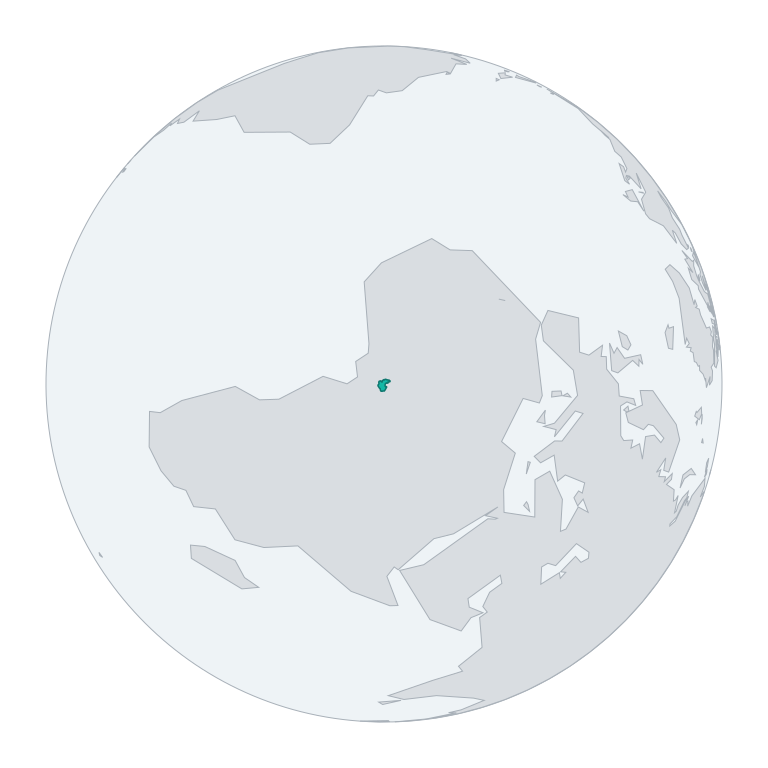 globe centered on Plateau, rotated 94°
{"feature_id": "NGA-2866", "entity_name": "Plateau", "entity_type": "State", "adm_level": 1, "iso_a3": "NGA", "parent_name": "Nigeria", "parent_adm1": "", "projection": "orthographic", "projection_center": [9.38, 9.346], "detail": "fine", "context": "on_globe", "style": "filled", "palette": "teal", "viewbox_px": 768, "rotation_deg": 94, "n_neighbors": 0, "source": "natural_earth", "source_scale": "10m", "svg_char_len": 9809}
<svg xmlns="http://www.w3.org/2000/svg" viewBox="0 0 768 768"><g transform="rotate(94 384 384)"><circle cx="384" cy="384" r="338" fill="#eef3f6" stroke="#a8b0b8"/><path d="M269.7,66.0L263.9,68.2L266.0,67.7L258.3,70.7L266.7,68.0L273.3,65.4L279.2,63.6L281.1,63.4L271.6,66.8L269.2,67.4L267.4,68.4L261.9,70.3L265.7,69.3L253.9,74.1L268.2,69.3L261.1,73.2L252.6,76.5L250.1,76.1L224.3,86.4L214.9,91.5L204.2,98.0L191.0,109.5L182.0,115.9L172.3,124.5L178.7,120.4L188.6,112.4L198.1,108.0L209.1,99.8L214.6,97.2L227.2,89.8L228.8,91.4L223.5,97.3L213.1,103.9L210.5,107.1L223.3,101.8L206.7,116.3L200.6,130.6L196.0,134.9L181.7,140.0L174.4,136.3L156.0,147.1L171.4,141.1L159.5,153.7L159.0,156.7L161.7,157.1L167.6,153.0L164.3,158.0L147.7,164.8L150.5,160.2L155.7,157.8L152.2,156.7L141.0,163.2L135.8,170.0L124.3,175.7L120.4,181.0L115.8,185.9L122.7,176.7L110.1,193.9L95.7,209.5L78.3,242.2L91.6,215.0L93.8,210.9L107.8,189.2L123.5,168.7L140.7,149.5L159.3,131.6L179.3,115.1L200.4,100.3L222.6,87.1L245.8,75.6L269.7,66.0ZM50.4,330.3L50.9,329.3L50.6,337.5L54.0,325.3L58.0,320.4L54.3,339.8L59.4,323.7L59.6,334.5L69.6,339.3L67.9,343.3L75.7,371.0L90.1,386.3L93.4,401.9L91.1,410.1L97.4,414.5L97.6,420.3L127.9,436.4L147.7,454.6L150.0,474.8L139.2,495.1L142.7,541.1L126.8,551.4L131.8,569.3L135.1,592.8L124.3,587.2L136.8,601.9L138.5,608.2L134.0,606.5L141.4,615.6L138.5,614.1L146.2,621.5L153.7,630.9L165.8,641.6L174.1,648.8L153.2,630.8L133.8,611.2L116.1,590.0L102.4,570.1L71.3,506.1L65.6,491.8L58.1,472.6L51.2,442.9L46.7,404.1L46.5,400.3L46.3,395.5L46.1,387.2L47.5,364.9L49.9,338.1L50.2,333.2L48.8,341.8L49.3,337.4L50.4,330.3ZM178.2,652.0L182.5,655.2L182.3,655.1L178.2,652.0ZM71.5,255.4L73.2,253.2L69.0,274.2L66.6,273.3L67.9,270.9L70.0,263.0L72.2,254.6L71.4,255.6L71.5,255.4ZM82.2,237.2L82.5,235.1L82.8,235.8L82.2,237.2ZM225.4,89.7L226.2,89.8L223.5,91.0L225.4,89.7ZM230.1,86.6L226.3,88.1L228.0,86.9L230.3,86.0L230.1,86.6ZM234.4,85.2L231.4,84.6L234.4,82.7L245.7,77.9L234.4,85.2ZM274.6,64.8L267.6,67.4L271.7,65.5L274.6,64.8ZM302.3,56.1L297.7,57.3L289.7,59.5L297.1,57.6L275.8,64.1L277.5,63.3L302.3,56.1ZM281.8,62.7L281.7,62.4L291.4,59.4L293.5,59.4L289.7,60.3L281.8,62.7ZM288.4,61.0L294.3,59.7L291.4,61.1L282.7,62.8L288.4,61.0ZM293.1,58.7L297.8,57.4L295.8,58.1L293.1,58.7ZM284.5,66.7L284.1,65.7L289.1,63.9L284.5,66.7ZM296.7,59.1L297.7,58.7L299.6,58.1L302.8,57.6L296.7,59.1ZM309.5,54.4L310.0,54.4L315.2,53.2L319.1,52.5L309.5,54.7L315.2,53.5L316.5,53.3L307.3,55.4L309.5,54.4ZM311.9,55.5L301.0,59.0L300.6,60.8L296.1,62.2L297.5,59.2L311.9,55.5ZM310.0,55.2L310.1,55.6L304.5,56.9L300.8,57.4L310.0,55.2ZM324.0,51.4L325.2,51.5L321.8,51.9L322.0,51.8L324.0,51.4ZM312.9,55.7L315.5,54.9L313.5,55.6L312.9,55.7ZM322.7,52.3L321.1,52.3L323.7,51.8L322.7,52.3ZM322.0,53.6L318.5,54.5L315.9,54.7L322.0,53.6ZM323.2,52.7L327.1,52.1L317.1,54.2L322.1,52.8L323.2,52.7ZM325.3,51.8L326.4,51.5L325.6,51.9L325.3,51.8ZM333.7,52.7L321.7,55.4L316.1,55.6L328.5,52.9L333.7,52.7ZM185.7,657.6L195.9,664.6L196.9,665.4L185.7,657.6ZM187.1,657.5L187.3,656.4L190.4,658.4L190.9,659.6L187.1,657.5ZM713.7,310.1L712.7,306.0L717.5,330.6L718.7,337.5L720.2,349.6L719.7,345.8L718.7,339.8L715.2,318.4L707.0,288.9L707.4,296.7L703.7,284.4L692.6,262.0L691.1,272.8L691.2,309.9L697.3,342.1L694.6,358.0L676.4,315.1L665.0,285.6L660.4,290.0L639.9,267.8L610.3,272.3L604.3,265.1L599.1,269.9L584.4,264.1L574.7,252.5L566.6,254.6L592.2,285.3L600.7,283.4L605.3,269.3L611.0,280.9L625.0,289.8L615.8,321.7L568.9,355.4L561.5,331.7L511.2,271.0L511.1,263.7L510.8,262.9L510.0,261.5L508.3,273.5L498.7,261.8L528.6,304.2L534.8,323.4L568.3,356.9L565.8,361.1L575.7,367.7L604.0,354.6L604.8,362.7L593.1,402.4L551.5,458.6L555.5,492.4L549.8,521.8L520.4,543.5L519.6,565.3L503.9,574.2L500.6,586.5L486.1,600.4L463.2,613.9L427.7,616.0L428.2,605.2L414.6,584.5L396.8,532.2L408.5,507.1L406.5,487.8L380.6,445.3L386.4,420.9L378.8,410.9L363.5,413.8L354.4,401.9L344.9,401.8L283.5,410.9L263.3,395.0L235.6,346.5L245.6,327.4L244.8,305.3L311.6,232.1L328.7,235.9L384.6,225.3L392.1,227.7L388.7,244.2L433.2,262.7L443.8,248.2L481.0,257.3L503.7,255.3L506.2,224.3L468.9,226.7L459.4,212.6L486.6,198.0L518.7,197.7L516.0,192.3L493.1,181.6L497.8,171.4L484.9,177.3L492.1,182.3L484.2,186.6L477.1,182.4L479.0,178.6L468.6,176.9L462.1,196.8L468.8,204.0L443.1,209.3L451.7,222.3L445.7,229.1L428.9,209.8L428.5,202.4L399.5,183.4L397.6,191.3L424.8,210.3L417.5,209.1L415.2,221.7L411.2,211.2L381.9,190.1L357.0,196.1L329.8,228.0L314.3,231.2L299.2,225.6L304.5,194.5L338.6,191.1L340.9,181.6L330.1,168.7L341.4,169.3L341.2,164.2L353.7,162.9L367.5,150.2L379.6,148.5L381.3,133.8L387.8,131.4L384.9,140.4L389.4,146.5L419.1,144.2L423.7,140.9L422.5,132.0L430.8,133.2L425.8,124.9L441.0,121.0L418.2,119.4L416.1,110.6L423.2,103.7L418.5,101.0L406.8,112.4L405.8,117.5L411.5,122.0L405.3,137.6L395.9,140.8L386.9,124.7L372.6,128.0L371.9,115.4L403.9,89.7L419.1,85.1L452.0,93.9L450.6,98.9L438.1,97.8L453.1,106.1L450.2,101.9L457.2,103.4L456.9,96.7L461.8,97.6L453.2,90.2L459.1,90.6L464.5,95.2L469.2,87.2L480.6,87.1L479.3,85.1L474.7,82.8L492.2,85.2L490.5,83.6L484.1,82.1L476.5,78.3L469.8,72.9L476.3,74.0L479.5,76.1L496.0,82.7L503.7,89.0L505.7,89.0L500.5,83.9L480.4,75.6L474.6,72.2L484.5,75.4L480.4,73.9L479.6,72.6L484.7,72.6L474.0,69.0L455.7,57.2L463.9,57.3L474.7,60.6L468.7,57.0L474.5,58.4L497.6,65.8L520.2,74.8L542.1,85.3L563.2,97.5L583.3,111.1L602.4,126.1L620.4,142.5L637.1,160.1L652.6,178.9L666.6,198.7L679.2,219.5L690.3,241.2L699.7,263.6L707.6,286.6L713.7,310.1ZM292.3,268.9L291.3,275.4L292.3,268.9ZM555.5,214.0L572.8,213.6L560.0,195.9L565.6,194.6L559.2,189.5L559.0,194.7L542.6,180.9L548.2,175.1L543.6,167.9L537.5,167.8L529.8,180.9L553.2,200.1L551.4,208.0L555.5,214.0ZM70.0,339.2L70.8,343.7L68.8,342.9L70.0,339.2ZM63.7,280.6L64.0,282.1L63.4,285.6L62.6,285.7L63.7,280.6ZM72.5,290.3L74.0,293.2L71.3,293.4L72.5,290.3ZM69.0,277.1L71.1,288.7L66.1,291.6L65.1,284.7L67.2,284.8L69.0,277.1ZM76.9,247.3L76.6,249.3L75.0,252.4L76.9,247.3ZM82.4,237.9L82.2,237.9L83.4,234.8L82.4,237.9ZM160.5,153.3L161.7,152.9L163.3,154.4L160.3,155.9L160.5,153.3ZM184.3,150.6L178.4,158.9L180.5,153.6L175.1,156.6L172.8,149.9L193.5,136.8L184.5,143.6L184.3,150.6ZM175.5,138.7L174.6,143.5L174.8,138.9L175.5,138.7ZM327.7,140.4L333.1,143.1L330.1,148.9L314.8,153.9L318.9,145.2L327.7,140.4ZM341.6,145.8L336.9,130.0L346.3,127.2L341.8,131.3L348.5,131.0L343.1,137.6L356.6,151.5L354.8,157.8L327.4,161.9L337.3,156.7L331.4,154.0L341.6,145.8ZM308.5,103.6L306.6,99.2L329.3,98.4L328.5,102.7L313.1,107.2L305.1,104.8L308.5,103.6ZM255.0,78.1L252.8,78.2L255.4,77.0L259.4,75.9L255.0,78.1ZM283.9,66.4L267.3,76.9L264.0,77.4L258.3,84.3L247.2,88.5L251.3,83.6L238.5,92.6L237.7,89.9L230.0,96.2L240.2,85.0L239.0,83.7L244.6,83.3L254.8,79.4L258.8,77.3L269.4,70.9L271.8,67.3L282.3,63.7L289.1,62.1L290.1,62.4L283.0,64.5L289.5,63.4L279.9,66.7L283.9,66.4ZM362.5,59.3L353.7,59.2L365.2,62.1L355.7,63.6L357.6,63.9L352.0,66.3L348.4,70.1L343.7,70.5L344.4,71.8L340.7,73.9L340.0,76.0L331.2,77.8L329.7,80.8L326.4,80.1L326.1,84.9L322.4,82.3L317.2,85.3L323.6,86.3L277.8,95.6L261.5,103.2L249.9,111.5L245.0,107.1L252.7,97.1L266.9,86.2L283.3,80.2L278.1,79.8L284.4,77.0L285.9,78.5L287.4,74.8L293.0,73.0L305.7,66.3L304.4,63.2L309.0,61.1L312.3,61.5L314.6,59.2L323.9,58.9L327.4,57.6L340.1,56.4L344.4,58.8L348.0,57.2L357.8,56.9L362.5,59.3ZM337.2,52.4L344.6,53.8L343.0,55.6L321.5,57.0L317.1,58.2L303.3,60.2L305.9,57.8L309.6,57.4L313.8,56.4L311.3,57.5L316.4,56.0L321.7,55.5L327.1,54.4L328.0,55.0L337.2,52.4ZM398.8,221.2L404.2,221.7L412.4,220.5L411.0,228.9L398.8,221.2ZM378.6,206.9L383.2,205.6L385.3,215.9L379.6,215.9L378.6,206.9ZM384.0,196.7L383.3,204.8L380.4,200.4L384.0,196.7ZM389.1,139.1L393.8,137.8L395.0,139.8L393.2,143.1L389.1,139.1ZM394.4,71.8L389.6,70.6L390.6,69.8L385.1,65.8L391.7,65.0L397.6,67.0L394.4,71.8ZM500.9,229.9L495.4,236.2L491.5,233.6L494.1,231.9L500.9,229.9ZM451.9,232.6L463.9,235.8L451.4,234.9L451.9,232.6ZM400.7,70.2L397.6,68.5L402.8,69.2L400.7,70.2ZM396.3,64.2L402.1,64.6L391.9,64.5L396.3,64.2ZM576.6,652.6L574.9,655.6L571.8,656.6L576.6,652.6ZM598.3,511.5L571.4,564.0L558.2,565.8L558.6,551.4L570.4,520.2L586.8,509.7L595.6,494.8L598.3,511.5ZM721.9,384.3L719.5,356.1L720.3,355.3L721.3,364.4L721.9,384.3ZM698.4,344.9L703.8,363.0L701.7,367.1L698.4,344.9ZM452.8,66.9L453.1,72.7L457.7,77.8L467.1,81.4L453.9,79.4L446.8,71.6L452.8,66.9ZM454.7,57.9L446.4,55.8L449.8,55.9L452.1,56.4L454.7,57.9ZM449.9,57.3L440.1,56.6L435.3,54.9L443.9,55.7L449.9,57.3ZM420.6,61.5L420.3,63.1L416.1,62.4L420.6,61.5ZM450.5,52.7L452.1,53.0L448.5,52.3L446.6,51.9L450.5,52.7Z" fill="#d9dde1" stroke="#a8b0b8" stroke-width="1"/><path d="M390.9,383.1L391.0,383.4L391.0,383.7L391.0,384.1L391.1,384.5L391.2,384.9L391.4,385.4L391.4,385.6L391.3,385.8L391.4,386.1L391.4,386.4L391.2,386.7L390.3,387.2L388.9,387.5L388.7,387.9L388.5,388.1L388.2,388.4L388.1,388.6L387.7,388.8L387.3,389.1L386.9,389.4L386.6,389.7L386.1,389.9L385.7,389.9L385.4,389.9L385.2,389.6L384.8,389.4L384.2,389.1L383.8,389.1L383.4,389.2L382.9,389.3L382.3,389.3L382.0,389.2L381.5,388.9L381.4,388.7L381.4,388.4L381.4,388.1L381.2,387.9L381.1,387.6L381.2,387.4L381.4,387.2L381.5,387.0L381.7,386.9L381.9,386.8L382.1,386.5L382.2,386.3L382.2,386.1L381.9,385.9L381.7,386.0L381.2,386.0L380.8,385.9L380.5,385.6L380.4,385.2L380.1,385.0L379.8,384.8L379.9,384.5L380.0,384.1L379.7,383.8L379.5,383.5L379.2,383.2L379.2,382.3L379.4,382.2L379.6,381.7L379.6,381.3L379.6,380.8L379.9,380.0L379.7,379.6L379.8,379.1L380.1,378.8L380.3,378.7L380.5,378.5L380.5,378.3L380.5,378.2L380.9,378.1L381.2,378.2L381.4,378.5L381.5,378.8L381.6,379.1L381.6,380.0L381.8,380.2L382.5,380.0L382.8,380.2L382.9,380.6L383.0,381.1L382.9,381.2L382.8,381.4L382.7,381.6L382.9,381.9L383.1,382.0L383.3,382.3L383.5,382.6L383.9,382.7L384.7,382.9L385.6,382.8L385.9,382.8L386.1,382.7L386.2,382.3L386.4,382.2L386.8,382.1L386.8,381.9L386.7,381.7L386.5,381.3L386.6,381.2L386.9,381.1L389.7,382.4L390.7,383.0L390.9,383.1Z" fill="#14b8a6" stroke="#0f766e" stroke-width="1.5"/></g></svg>